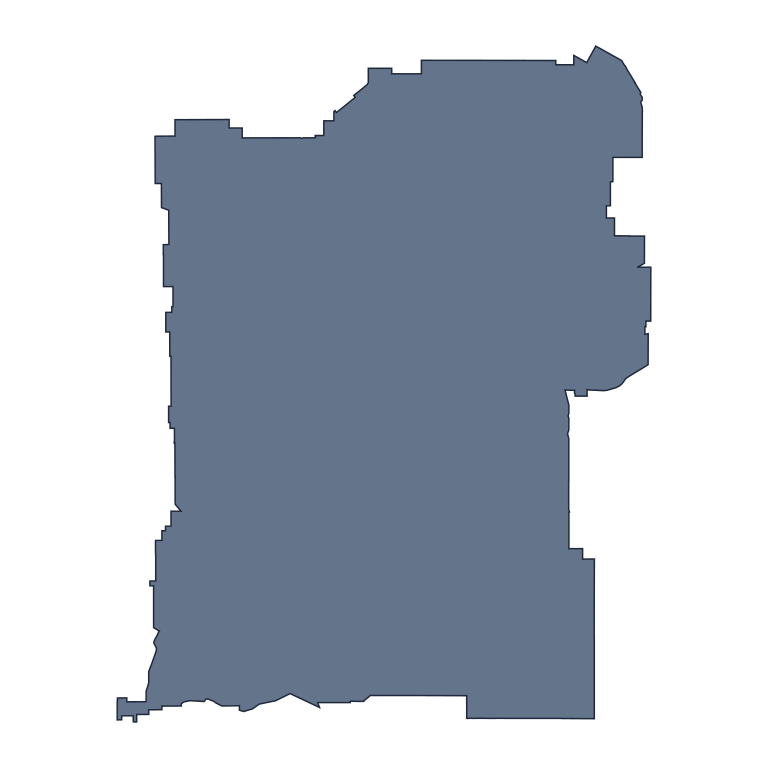 Kellerberrin, Western Australia, Australia (Albers equal-area conic projection)
{"feature_id": "25037944B15582539719607", "entity_name": "Kellerberrin", "entity_type": "district", "adm_level": 2, "iso_a3": "AUS", "parent_name": "Australia", "parent_adm1": "Western Australia", "projection": "albers", "projection_center": [117.81, -31.577], "detail": "fine", "context": "isolated", "style": "filled", "palette": "slate", "viewbox_px": 768, "rotation_deg": 0, "n_neighbors": 0, "source": "geoboundaries", "source_scale": "gbopen_adm2", "svg_char_len": 5865}
<svg xmlns="http://www.w3.org/2000/svg" viewBox="0 0 768 768"><path d="M582.6,548.6L575.7,548.7L574.3,548.7L573.5,548.6L572.9,548.6L568.9,548.7L568.9,540.8L568.9,536.4L568.9,529.2L568.9,526.1L568.9,520.3L568.9,513.3L568.8,512.7L568.9,512.4L569.0,512.3L569.5,512.0L569.2,511.4L569.0,510.8L568.8,510.1L568.7,509.4L568.7,508.7L568.7,485.7L568.6,485.4L568.8,481.3L568.8,477.6L568.8,461.3L568.8,438.8L568.8,438.5L568.7,438.2L568.1,435.9L567.7,434.1L567.6,433.7L567.7,433.1L567.7,432.9L568.0,432.3L568.4,431.5L568.6,430.8L568.7,430.6L568.8,430.0L568.8,427.2L568.8,424.0L568.9,418.7L568.8,418.1L568.2,416.2L568.1,415.9L568.3,415.2L568.7,413.8L568.8,413.4L568.8,413.0L568.9,412.3L568.8,411.3L568.9,407.9L568.9,406.5L568.9,405.5L568.8,405.0L568.7,404.5L568.4,403.1L567.9,401.4L567.4,399.3L567.0,397.8L566.7,396.8L566.3,394.9L566.1,394.2L565.6,392.2L565.0,390.0L574.6,390.4L574.5,393.0L575.1,394.1L575.1,396.1L587.1,396.1L587.1,389.6L587.7,389.7L588.2,389.8L589.1,389.9L589.4,390.0L591.8,390.1L598.5,390.4L602.3,390.6L603.1,390.7L604.0,390.6L604.8,390.6L605.4,390.5L606.2,390.4L606.9,390.3L615.0,388.0L616.3,387.5L617.5,386.9L618.2,386.6L618.8,386.3L619.3,385.9L619.9,385.5L620.5,385.1L621.0,384.6L621.5,384.2L622.5,383.1L623.2,382.2L624.5,380.3L624.8,379.9L625.1,379.4L625.5,379.0L625.9,378.6L626.4,378.2L626.9,377.8L627.4,377.4L628.0,377.0L631.4,374.9L636.5,371.8L641.8,368.6L648.1,364.7L648.2,333.7L644.9,334.3L644.9,326.7L645.9,326.7L645.9,321.1L650.7,321.1L650.8,267.2L637.2,267.2L637.4,267.1L637.8,267.0L638.0,266.9L644.4,263.3L644.5,236.1L629.5,236.1L629.5,235.9L614.5,235.8L614.5,218.0L606.4,218.0L606.4,205.8L610.4,205.8L610.4,205.7L610.4,181.8L612.7,181.7L612.8,181.7L612.9,179.7L612.9,176.7L612.9,166.1L612.9,157.4L624.3,157.4L629.0,157.4L637.7,157.4L639.5,157.4L642.2,157.4L642.2,154.8L642.2,150.8L642.2,145.2L642.2,131.6L642.3,124.5L642.3,120.0L642.3,112.9L642.4,112.4L642.4,111.0L642.3,109.2L642.2,108.8L642.2,107.1L640.6,102.1L642.2,100.3L642.2,97.2L640.2,94.3L640.8,92.5L634.8,82.7L635.1,82.7L626.7,68.9L625.7,66.7L624.2,64.8L621.7,60.7L621.4,60.4L595.8,46.1L586.7,62.6L573.8,55.4L573.8,64.8L555.7,64.7L555.8,60.5L493.8,60.4L421.4,60.3L421.4,73.8L420.7,73.8L391.7,73.8L391.7,68.3L368.3,68.3L368.3,82.8L366.9,84.9L353.7,95.5L355.2,97.4L336.5,112.5L335.0,110.6L333.9,111.5L333.9,120.8L323.8,120.8L323.8,134.9L323.7,135.3L323.2,135.5L315.2,135.5L315.2,136.4L315.4,136.3L315.4,137.8L303.0,137.8L301.8,138.4L300.5,138.0L300.4,137.8L242.2,137.9L242.2,128.0L229.1,128.0L229.1,119.5L175.0,119.7L175.0,129.4L175.1,132.9L175.0,136.1L171.1,136.1L155.1,136.2L155.0,136.3L155.2,183.5L161.4,183.5L161.5,207.6L165.1,208.9L168.7,210.2L168.9,244.5L163.3,244.7L163.3,254.4L163.5,254.4L163.5,286.6L173.0,286.6L173.0,306.6L171.8,306.7L171.8,312.3L165.8,312.4L165.8,322.2L165.8,327.5L165.8,328.9L165.8,332.0L169.7,332.0L169.8,356.3L171.0,356.3L171.1,406.2L168.6,406.2L168.6,422.5L170.0,422.5L170.1,428.3L174.4,428.3L174.5,441.3L174.4,441.6L174.4,441.9L174.2,441.9L174.2,443.1L174.9,443.0L175.0,476.6L175.2,476.4L175.2,479.8L175.1,480.9L175.1,481.5L175.1,482.0L175.1,482.5L175.1,483.8L175.2,485.1L175.1,487.2L175.1,489.0L175.1,489.4L175.2,490.3L175.1,490.8L175.2,492.5L175.1,493.1L175.1,493.7L175.1,495.8L175.2,496.5L175.2,497.1L175.1,497.4L175.1,497.9L175.1,499.4L175.1,501.3L175.2,501.5L175.2,501.8L175.2,504.2L175.2,504.3L175.3,504.4L179.1,508.9L181.0,511.2L171.0,511.2L171.0,526.2L165.5,526.2L165.5,530.7L161.9,530.7L161.9,540.4L155.6,540.4L155.5,542.3L155.5,546.2L155.5,551.4L155.5,551.5L155.7,556.3L155.7,581.0L149.9,581.0L149.9,585.8L153.6,585.8L153.6,627.6L156.4,629.3L158.0,630.3L159.3,631.0L159.0,631.3L158.5,632.3L157.0,635.6L156.6,636.4L156.3,636.9L155.7,637.9L155.1,639.0L154.5,640.2L154.2,641.0L153.9,641.8L153.9,642.4L153.9,643.0L154.1,643.6L154.5,644.5L155.4,646.1L155.9,647.0L156.2,647.6L156.3,648.3L156.4,648.7L156.4,649.1L156.4,649.6L156.3,650.3L156.2,650.9L155.6,652.6L155.1,654.2L153.3,659.2L152.1,662.7L149.0,670.8L148.8,671.3L148.8,671.8L148.7,673.0L148.7,676.0L148.7,681.3L148.7,682.8L148.6,683.2L148.3,684.3L147.9,685.8L147.0,688.4L146.2,691.0L146.2,691.7L146.2,692.0L146.1,692.5L146.1,696.4L146.1,698.6L146.1,700.1L146.1,700.7L146.0,701.2L145.9,701.7L145.4,701.7L126.8,701.8L126.8,697.9L117.4,698.0L117.4,701.5L117.2,701.5L117.2,719.9L121.7,719.8L121.7,715.8L133.2,715.8L133.3,721.9L136.7,721.9L136.7,714.5L148.8,714.4L148.7,709.8L161.9,709.7L161.9,706.1L181.3,706.0L181.2,704.2L181.3,704.0L181.4,703.7L181.6,703.5L183.7,702.0L183.9,701.9L184.2,701.8L184.5,701.8L189.8,700.7L190.2,700.7L195.8,701.0L199.2,701.2L201.4,701.4L204.0,701.5L204.4,701.3L205.8,699.1L206.0,699.0L206.3,699.0L208.6,699.2L208.8,699.2L209.0,699.3L210.5,700.1L211.5,700.5L212.4,700.7L212.9,700.9L213.1,701.0L213.6,701.2L213.9,701.4L214.2,701.6L214.7,702.0L215.1,702.4L215.7,702.8L216.5,703.2L218.6,704.3L221.8,706.0L239.4,705.7L239.4,710.2L243.7,711.5L252.6,708.8L259.2,704.1L275.7,700.7L290.1,693.6L315.8,705.7L319.5,707.5L317.7,702.6L350.2,702.6L350.2,701.3L363.8,701.4L363.9,701.2L364.0,700.9L364.2,700.7L364.5,700.4L364.8,700.1L365.9,699.2L366.6,698.6L367.8,697.7L369.7,695.9L370.1,695.7L370.3,695.5L372.8,695.5L376.3,695.5L387.3,695.5L391.3,695.5L403.0,695.5L407.2,695.5L411.0,695.5L412.7,695.5L466.3,695.7L466.7,695.8L466.7,698.4L466.7,698.5L466.6,699.0L466.5,699.5L466.6,699.8L466.7,700.2L466.7,704.1L466.7,706.6L466.7,707.8L466.7,717.8L466.7,718.4L470.6,718.3L474.8,718.4L476.1,718.3L484.5,718.3L490.0,718.4L501.9,718.3L506.4,718.4L509.9,718.4L515.1,718.4L518.7,718.4L520.2,718.4L539.4,718.4L547.2,718.4L550.1,718.4L551.3,718.4L560.5,718.4L561.2,718.5L594.3,718.7L594.3,711.3L594.3,702.6L594.3,695.0L594.3,693.1L594.3,686.3L594.3,683.8L594.3,674.0L594.3,673.1L594.3,669.6L594.3,663.3L594.3,659.7L594.3,648.2L594.3,644.4L594.3,639.4L594.3,635.8L594.2,635.8L594.2,635.5L594.3,580.7L594.4,559.0L582.6,559.1L582.6,548.6Z" fill="#64748b" stroke="#1e293b" stroke-width="1.5"/></svg>